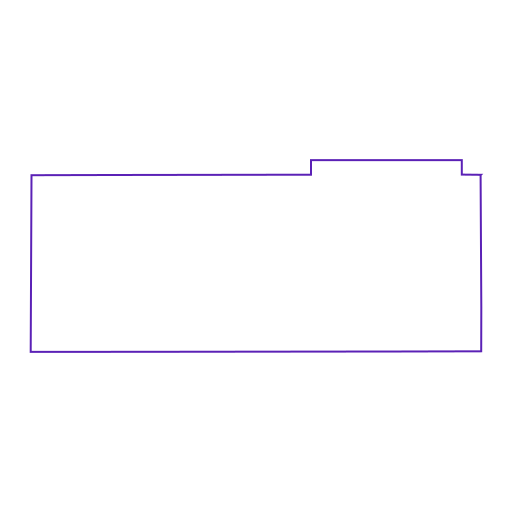 Stark, North Dakota, United States of America (Natural Earth projection)
{"feature_id": "52423323B36823497446374", "entity_name": "Stark", "entity_type": "district", "adm_level": 2, "iso_a3": "USA", "parent_name": "United States of America", "parent_adm1": "North Dakota", "projection": "natural_earth1", "projection_center": [-102.534, 46.82], "detail": "fine", "context": "isolated", "style": "outline", "palette": "violet", "viewbox_px": 512, "rotation_deg": 0, "n_neighbors": 0, "source": "geoboundaries", "source_scale": "gbopen_adm2", "svg_char_len": 293}
<svg xmlns="http://www.w3.org/2000/svg" viewBox="0 0 512 512"><path d="M110.0,175.0L31.5,175.2L30.7,351.9L151.2,351.8L401.5,351.5L481.2,351.3L481.3,307.6L480.6,175.1L480.9,174.8L461.8,174.6L461.8,160.1L311.0,160.1L311.0,174.7L110.0,175.0Z" fill="none" stroke="#5b21b6" stroke-width="2"/></svg>